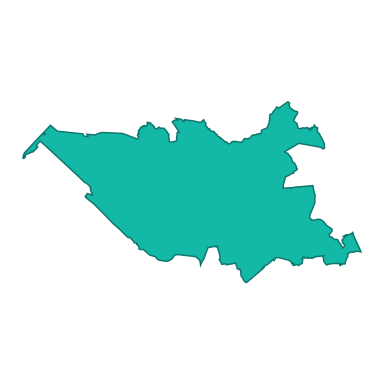 outline of Nopala de Villagrán, Hidalgo, Mexico
{"feature_id": "50627088B98943625102678", "entity_name": "Nopala de Villagrán", "entity_type": "district", "adm_level": 2, "iso_a3": "MEX", "parent_name": "Mexico", "parent_adm1": "Hidalgo", "projection": "orthographic", "projection_center": [-99.653, 20.233], "detail": "fine", "context": "isolated", "style": "filled", "palette": "teal", "viewbox_px": 384, "rotation_deg": 0, "n_neighbors": 0, "source": "geoboundaries", "source_scale": "gbopen_adm2", "svg_char_len": 6048}
<svg xmlns="http://www.w3.org/2000/svg" viewBox="0 0 384 384"><path d="M361.0,251.9L353.9,236.2L353.4,235.5L353.3,233.9L352.7,233.9L353.2,233.7L352.7,232.5L351.9,233.3L351.2,233.6L351.2,233.8L349.0,234.6L346.1,234.8L343.9,236.1L345.7,236.1L344.6,236.8L343.9,238.0L343.2,238.4L342.8,240.0L342.4,239.9L342.0,240.2L342.7,243.0L343.2,243.0L344.4,245.0L344.6,244.9L344.6,246.1L342.7,248.0L342.2,247.5L341.3,245.2L340.1,243.8L337.5,239.6L336.6,239.4L335.9,239.7L335.7,239.3L335.0,239.5L334.1,239.4L333.5,239.0L332.3,237.4L330.2,236.7L329.2,236.1L329.0,235.3L329.1,234.8L331.7,231.6L332.0,230.7L332.1,229.7L331.7,228.8L326.7,225.5L323.5,221.5L321.4,220.0L320.5,219.6L318.3,219.2L313.4,220.3L311.9,220.3L311.8,219.7L311.1,219.3L309.7,217.7L309.5,216.7L310.0,214.7L314.8,203.2L315.0,194.6L313.8,191.0L312.9,185.6L295.1,187.2L292.5,187.6L290.9,188.3L290.9,187.7L283.2,188.3L283.3,185.2L285.5,176.9L289.5,175.0L291.5,173.4L292.8,173.5L293.5,173.3L293.4,172.0L296.8,169.9L297.3,168.9L296.5,168.0L296.2,166.0L295.2,165.0L294.7,163.1L292.8,162.3L292.2,160.4L291.5,159.2L291.5,158.2L291.1,157.4L288.5,154.4L287.8,153.3L286.9,153.2L285.5,152.5L284.7,151.7L298.9,143.3L321.1,147.3L322.7,148.9L323.1,148.9L324.7,147.9L324.3,145.9L324.3,143.5L323.9,143.1L323.0,140.7L320.1,135.3L319.5,133.8L318.1,132.6L317.2,131.0L316.9,129.9L317.6,129.3L317.6,127.9L315.1,126.5L314.5,125.1L314.2,125.1L314.1,127.3L312.3,127.2L312.4,128.5L312.0,128.6L311.5,127.8L309.5,128.5L310.4,130.2L309.7,130.2L308.0,127.9L307.2,127.5L306.9,128.0L305.5,127.8L304.9,128.1L304.1,128.1L303.0,127.8L300.3,128.6L298.7,128.6L298.2,128.3L297.0,123.7L293.7,120.8L294.0,119.3L294.4,119.1L295.0,118.0L295.1,116.9L295.7,116.5L295.9,115.6L296.8,114.9L297.7,112.7L297.6,112.1L297.2,111.5L294.7,111.1L291.1,108.5L289.6,106.8L289.5,106.1L289.0,105.4L289.3,105.1L289.0,104.1L289.6,103.3L288.1,101.7L288.3,101.5L279.3,107.8L276.4,107.1L276.4,108.2L275.8,108.9L274.8,109.6L274.6,110.3L273.2,111.6L272.5,113.1L271.9,113.7L269.9,114.6L269.7,114.9L270.0,116.1L269.5,118.0L269.8,119.2L269.3,120.8L269.1,123.0L268.2,124.9L267.8,126.6L267.0,127.4L266.8,128.0L265.8,128.7L264.0,129.1L261.5,130.3L261.3,132.8L261.0,133.5L257.2,134.0L256.1,134.7L253.5,134.9L251.3,136.0L251.2,136.7L248.9,138.6L247.9,138.5L246.3,138.9L245.3,138.4L244.9,138.5L243.3,139.8L243.2,140.7L242.8,141.2L240.5,142.5L236.2,141.4L235.1,141.6L233.2,141.3L231.6,142.1L231.1,142.8L229.8,143.8L228.9,143.9L227.5,143.2L227.0,142.2L226.2,142.4L225.9,141.8L225.0,142.0L224.8,141.5L220.9,138.1L219.6,137.4L219.1,136.7L217.9,136.5L217.4,135.6L217.3,134.9L216.3,134.4L215.6,133.4L214.5,132.7L214.2,131.7L210.4,130.8L209.7,130.1L209.9,129.3L209.1,129.3L209.0,128.8L207.7,128.2L206.7,126.6L206.1,126.3L205.6,125.3L205.9,124.6L205.8,123.1L205.1,122.6L203.8,119.8L202.5,120.7L201.0,122.4L197.8,122.0L195.0,121.2L186.0,119.9L184.6,119.8L184.7,121.2L184.2,121.4L183.6,120.6L182.9,120.9L182.0,119.7L180.3,119.1L176.0,118.5L178.1,120.4L176.4,120.0L175.2,120.1L173.9,120.6L172.3,121.8L179.4,132.3L177.4,132.3L177.0,132.7L177.2,134.6L176.7,136.4L176.5,141.1L171.0,142.1L169.3,141.9L169.0,140.0L169.2,138.9L168.3,137.2L168.7,136.8L168.9,135.6L168.8,134.2L168.2,133.5L167.8,133.5L166.7,131.2L164.3,128.6L163.5,128.2L160.4,128.2L159.6,127.4L158.7,127.1L157.2,128.8L156.5,129.0L155.5,128.7L155.1,128.4L154.0,126.4L152.2,124.7L151.0,124.2L150.5,122.8L149.7,123.1L149.0,122.7L148.4,122.7L147.7,122.2L147.4,122.2L147.2,122.9L147.4,124.3L146.8,125.5L145.4,126.4L145.0,126.3L144.7,125.7L144.3,125.5L143.2,125.9L142.2,126.8L142.3,127.6L141.1,127.1L139.9,128.8L139.3,130.1L138.8,130.1L138.7,131.3L138.2,132.2L138.4,132.5L139.0,132.8L139.2,133.6L139.0,133.9L138.1,133.9L137.8,134.3L137.6,135.6L138.5,136.6L138.5,137.4L137.3,139.0L122.7,133.5L112.1,132.9L101.3,132.5L94.9,134.9L86.9,134.3L87.2,134.8L87.2,135.5L88.0,135.7L88.1,136.2L86.9,136.7L84.0,136.1L83.6,135.2L83.0,134.6L82.9,133.9L57.4,131.2L50.4,125.3L43.7,132.5L45.4,134.1L44.8,134.7L44.4,134.7L42.6,133.5L24.5,152.8L23.5,155.0L23.0,159.0L23.6,157.4L24.3,158.0L25.1,157.0L25.3,156.6L24.6,155.8L25.2,155.8L26.8,153.5L28.0,153.9L31.2,152.3L32.7,151.9L32.0,151.3L33.7,151.3L36.5,148.4L37.8,146.9L36.2,145.4L40.2,141.1L46.5,146.7L78.6,176.5L84.9,182.7L85.7,182.5L90.3,186.7L90.1,187.5L91.0,188.4L90.5,189.1L90.6,190.2L92.5,195.0L91.9,195.1L89.5,194.1L89.2,194.0L87.2,193.5L86.5,195.0L85.3,196.2L86.0,196.7L85.6,197.3L90.8,201.6L91.9,202.2L92.2,202.1L93.0,203.3L95.3,205.3L102.8,212.9L113.0,223.5L119.8,229.4L125.9,235.6L128.3,237.6L130.1,237.7L133.0,240.7L133.3,240.8L133.7,241.4L133.9,242.4L134.7,243.0L136.1,242.8L136.8,243.2L136.7,244.4L137.3,244.6L138.7,246.1L139.0,249.0L140.3,249.5L143.4,249.6L149.8,255.1L155.6,256.7L156.7,258.6L157.9,259.6L159.4,260.2L164.5,261.1L167.8,261.2L171.7,259.1L174.8,255.0L176.2,254.9L177.3,254.5L190.4,256.0L195.6,256.7L196.1,256.9L199.9,260.5L200.6,265.1L202.3,261.1L203.4,259.8L208.0,247.6L214.7,246.4L215.3,246.4L216.1,247.0L216.4,246.1L217.4,246.0L218.4,250.8L219.0,251.8L220.3,258.2L219.2,259.3L221.9,264.4L226.0,263.7L226.3,264.8L235.6,263.2L236.5,265.8L237.2,267.3L237.0,268.5L237.4,268.9L239.0,268.8L239.3,269.7L240.4,269.5L240.8,271.9L241.1,276.1L241.6,276.4L244.4,281.3L245.8,282.5L247.0,282.2L263.3,268.3L262.8,267.8L264.3,267.1L264.1,266.1L267.3,264.7L273.4,259.4L274.1,260.5L276.0,257.6L278.6,257.6L288.4,260.1L290.9,261.4L291.5,263.0L292.9,265.0L292.5,263.0L293.7,263.3L293.6,265.5L294.9,265.1L298.4,264.7L298.7,265.4L302.3,263.2L302.7,259.4L302.2,259.0L302.2,258.2L303.4,257.4L303.4,257.0L303.7,256.9L304.2,258.1L304.9,257.5L305.0,257.7L305.7,257.5L306.8,258.0L307.8,257.5L307.7,258.2L310.9,257.8L311.0,258.2L312.4,258.2L314.5,257.3L314.2,257.2L315.2,256.5L318.5,256.4L323.6,255.8L323.0,256.7L323.1,257.8L323.7,259.2L323.8,261.0L324.0,261.7L325.9,264.4L327.1,264.9L328.5,264.2L332.9,263.5L339.1,263.5L339.6,264.7L339.9,264.5L339.9,265.4L340.3,265.5L340.8,264.6L342.2,264.5L341.9,263.7L345.0,263.9L345.5,261.3L347.5,256.8L347.9,256.5L347.6,253.8L348.2,253.8L350.3,252.2L354.3,252.1L355.8,251.3L357.9,251.3L361.0,251.9Z" fill="#14b8a6" stroke="#0f766e" stroke-width="1.5"/></svg>